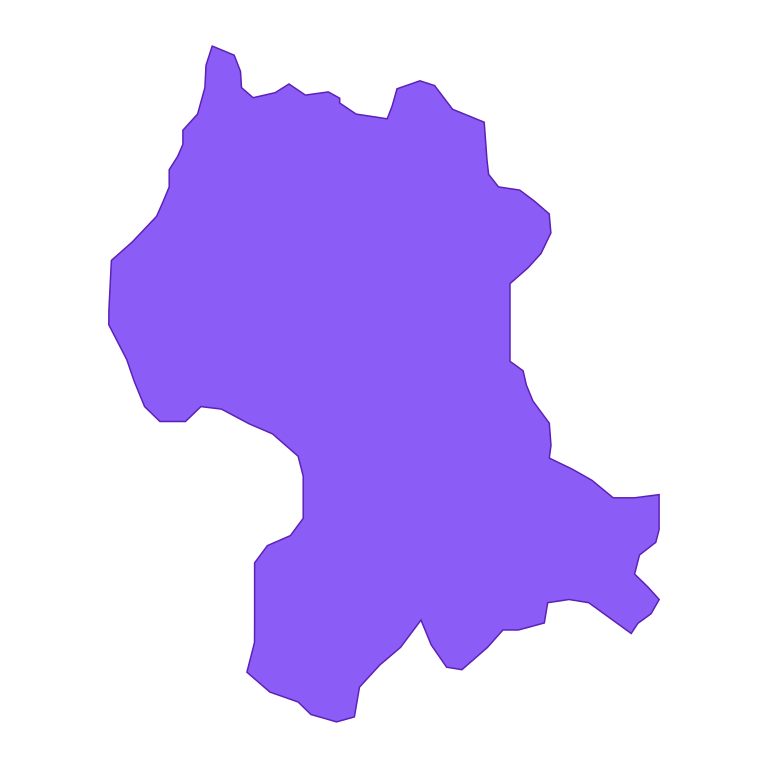 Gongju-si, South Chungcheong, South Korea
{"feature_id": "91817680B8449507929864", "entity_name": "Gongju-si", "entity_type": "district", "adm_level": 2, "iso_a3": "KOR", "parent_name": "South Korea", "parent_adm1": "South Chungcheong", "projection": "robinson", "projection_center": [127.087, 36.473], "detail": "fine", "context": "isolated", "style": "filled", "palette": "violet", "viewbox_px": 768, "rotation_deg": 0, "n_neighbors": 0, "source": "geoboundaries", "source_scale": "gbopen_adm2", "svg_char_len": 1436}
<svg xmlns="http://www.w3.org/2000/svg" viewBox="0 0 768 768"><path d="M659.1,494.6L634.5,497.8L613.2,497.8L591.9,480.3L572.3,469.2L549.3,458.1L551.0,445.4L549.3,423.2L532.9,401.0L526.4,385.1L523.1,370.8L510.0,361.3L510.0,342.3L510.0,309.0L510.0,283.6L528.0,267.8L541.0,253.5L550.9,232.9L549.2,213.9L534.5,201.2L519.7,190.1L498.5,186.9L488.6,174.3L487.0,160.0L484.2,122.2L452.6,109.3L434.6,85.6L419.9,80.8L397.0,88.8L392.1,106.2L387.2,118.8L356.1,114.1L339.7,103.0L339.7,98.2L328.3,91.9L305.4,95.1L289.0,84.0L275.1,92.7L253.1,97.7L241.5,87.6L240.5,71.4L234.2,55.2L215.5,47.4L212.2,46.1L206.0,65.3L204.9,87.6L197.6,114.0L182.9,130.2L182.9,144.4L177.6,156.5L169.2,169.7L169.2,186.9L162.9,202.1L156.6,216.3L132.5,241.7L125.1,248.3L111.4,260.4L108.9,310.0L108.8,324.8L126.7,359.5L134.4,381.8L144.6,406.6L159.9,421.5L185.5,421.5L200.9,406.6L221.4,409.1L249.5,424.0L272.5,433.9L298.1,456.2L303.2,476.1L303.2,495.9L303.2,518.3L290.4,535.6L267.4,545.6L254.6,562.9L254.6,592.7L254.6,615.1L254.6,622.6L254.5,642.4L246.9,672.2L269.9,692.1L298.1,702.0L310.9,714.5L336.5,721.9L354.4,716.9L359.5,687.1L380.0,664.8L400.5,647.4L421.0,620.1L431.2,644.9L446.6,667.2L461.9,669.7L487.5,647.4L502.9,630.0L518.3,630.0L540.1,624.1L544.3,623.0L547.7,602.7L569.0,599.5L588.7,602.7L631.2,633.5L637.9,623.3L651.0,613.8L659.2,599.5L647.7,586.8L634.6,574.1L639.5,555.0L655.8,542.3L659.1,529.6L659.1,494.6Z" fill="#8b5cf6" stroke="#5b21b6" stroke-width="1.5"/></svg>